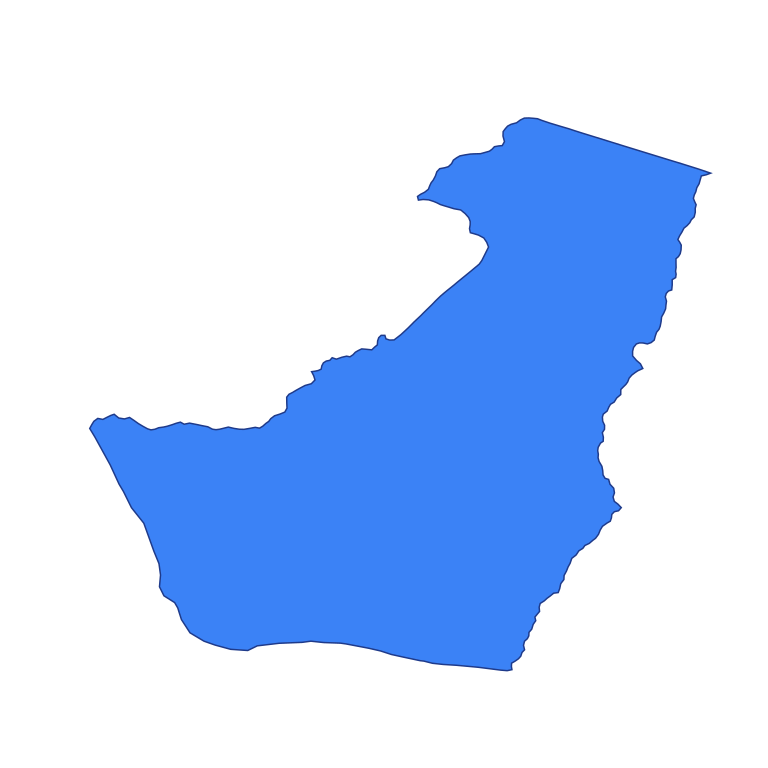 the district of Santa Fé do Araguaia, Tocantins, Brazil, rotated 281°
{"feature_id": "56859067B90506304051015", "entity_name": "Santa Fé do Araguaia", "entity_type": "district", "adm_level": 2, "iso_a3": "BRA", "parent_name": "Brazil", "parent_adm1": "Tocantins", "projection": "robinson", "projection_center": [-48.926, -7.045], "detail": "fine", "context": "isolated", "style": "filled", "palette": "blue", "viewbox_px": 768, "rotation_deg": 281, "n_neighbors": 0, "source": "geoboundaries", "source_scale": "gbopen_adm2", "svg_char_len": 4571}
<svg xmlns="http://www.w3.org/2000/svg" viewBox="0 0 768 768"><g transform="rotate(281 384 384)"><path d="M128.0,564.1L130.9,563.0L134.3,562.5L136.8,565.4L139.9,568.4L142.9,570.2L146.8,570.7L149.9,572.7L154.1,570.8L158.3,571.0L161.3,573.3L164.4,574.2L167.9,573.7L171.5,575.8L176.5,576.3L180.6,578.1L184.0,576.6L187.2,578.3L190.4,580.1L194.5,578.9L198.4,579.2L201.8,582.8L204.7,584.9L207.6,587.6L211.0,590.4L212.5,594.8L216.6,595.5L221.7,595.6L226.4,597.9L230.4,597.3L235.2,598.8L239.5,599.6L243.5,600.9L248.7,601.6L252.8,605.2L257.4,607.1L260.7,610.6L263.8,612.0L266.7,615.9L270.5,618.9L272.9,621.1L277.3,623.2L281.9,624.1L286.0,625.6L290.1,629.5L292.5,632.3L296.0,632.8L299.5,632.5L302.6,634.5L304.3,638.4L307.9,640.5L310.7,636.6L312.7,632.5L316.8,630.4L321.1,631.0L325.5,629.4L328.7,625.0L333.2,622.7L333.6,619.0L336.5,616.4L340.8,615.2L344.8,613.6L349.0,609.9L352.5,608.2L355.9,607.8L359.3,606.5L362.7,606.3L367.3,607.8L369.6,610.1L373.6,609.5L377.9,607.6L381.6,609.1L385.6,608.4L389.2,605.8L393.2,604.7L396.3,605.0L400.0,608.2L404.2,609.1L407.3,610.2L410.2,613.4L414.7,615.1L418.8,618.4L423.8,617.5L426.7,619.4L429.7,621.5L432.6,622.8L436.5,623.5L440.1,625.6L443.0,628.2L445.4,630.6L448.6,635.1L452.7,631.9L455.3,627.4L459.0,622.7L463.5,621.8L467.5,622.0L471.5,624.1L473.1,627.0L473.7,630.4L473.6,634.9L475.6,638.3L478.7,640.9L482.5,641.1L486.8,641.7L490.1,643.5L493.4,644.1L498.0,644.1L502.8,643.7L507.0,645.1L511.5,646.1L515.4,645.7L519.2,645.5L523.2,643.5L526.8,643.8L529.6,645.5L531.2,648.5L536.3,648.0L541.4,647.0L544.1,650.0L547.5,649.8L550.3,648.7L554.1,648.5L558.2,647.6L562.7,646.7L565.2,648.7L568.4,649.9L572.3,650.0L577.0,649.3L579.5,647.3L581.9,644.9L585.9,645.9L589.8,647.4L594.2,648.7L597.3,651.3L600.7,653.4L603.8,654.3L607.2,656.6L612.0,656.8L615.8,656.0L619.5,656.2L622.1,654.3L625.2,652.3L628.8,652.5L632.2,653.4L636.3,653.6L640.7,655.1L644.5,655.4L648.8,655.8L650.9,660.5L653.3,664.4L655.0,651.9L657.0,634.2L657.9,625.4L663.3,574.9L667.6,535.5L668.3,529.0L669.0,523.0L669.8,516.8L670.6,508.3L671.3,501.5L671.7,497.4L672.9,488.4L673.7,484.1L673.3,479.7L672.8,475.5L671.8,471.0L669.2,467.5L665.7,464.3L663.2,459.2L660.7,456.1L657.8,454.4L654.5,452.8L650.1,453.5L644.9,456.0L640.6,454.6L639.5,450.9L638.0,447.1L635.1,445.3L632.6,443.0L628.5,434.8L627.0,428.1L626.2,424.9L624.4,419.9L622.4,415.0L619.9,412.1L617.0,409.4L613.2,408.3L609.6,405.7L607.8,402.2L606.0,397.6L602.5,395.4L598.1,394.8L593.5,393.4L590.6,391.9L587.5,391.1L583.6,390.4L579.9,387.2L577.3,383.8L574.5,381.1L571.1,382.7L572.6,387.2L573.3,392.8L572.7,397.8L572.0,401.2L570.9,405.1L570.4,409.4L570.0,413.7L569.4,419.3L569.5,426.0L566.8,431.1L563.5,435.4L560.0,437.6L556.7,438.2L552.8,438.3L549.0,439.9L548.7,443.6L548.2,448.3L546.4,454.1L542.7,457.8L538.4,460.5L524.0,456.5L519.8,454.6L509.5,446.2L502.3,440.2L497.6,436.3L494.6,433.9L490.7,430.6L488.0,428.3L484.6,425.5L481.2,422.8L475.8,419.0L471.0,415.9L464.1,411.1L461.2,409.1L458.3,407.2L454.7,404.6L451.0,401.9L443.8,397.1L439.4,393.9L435.6,391.1L429.2,385.5L428.2,381.2L428.7,377.3L431.9,375.6L431.2,371.9L428.5,370.0L425.1,369.5L421.1,370.0L418.5,367.8L415.2,365.5L414.7,359.9L414.2,355.4L411.9,352.3L409.7,349.8L406.8,348.0L404.2,345.4L404.2,342.0L402.2,337.5L399.3,332.5L399.9,328.1L396.9,326.3L395.5,322.9L393.2,320.5L390.0,319.5L386.6,319.5L384.7,316.9L383.4,313.8L382.3,310.6L378.7,313.4L374.8,315.5L370.4,312.6L367.5,306.8L364.2,302.7L361.1,299.0L357.9,295.4L355.8,292.7L352.5,291.0L346.8,292.2L341.8,293.4L337.5,292.0L334.7,287.7L331.9,282.6L328.3,279.4L325.3,278.0L322.8,275.6L319.4,273.0L316.9,270.2L316.9,265.9L315.0,261.1L312.8,255.3L312.0,250.6L311.8,245.2L312.0,239.4L310.1,235.3L308.2,231.2L307.1,227.8L306.9,224.3L308.4,219.2L308.4,212.7L308.5,208.0L308.5,200.6L306.4,195.5L307.7,191.4L305.8,187.5L303.5,183.6L301.2,179.3L299.7,175.9L298.1,171.2L295.9,167.8L294.5,164.0L294.9,160.4L296.5,155.4L298.3,150.4L300.5,145.6L302.6,140.6L300.2,135.9L300.0,130.1L302.8,124.9L301.0,121.8L298.2,118.1L295.6,114.8L295.6,109.6L292.0,106.3L288.3,104.9L284.2,103.6L276.8,110.3L257.7,126.2L252.3,130.7L235.2,143.0L228.7,148.8L214.4,159.7L201.5,174.8L176.0,190.0L164.7,197.4L153.8,201.1L142.1,202.3L134.1,208.4L129.5,220.2L124.8,224.3L120.7,226.5L114.1,230.1L102.7,241.1L97.2,256.4L95.5,268.0L94.3,284.1L96.4,301.1L102.8,309.6L109.5,330.6L114.8,353.0L117.6,361.3L118.7,374.1L119.4,378.6L121.3,390.6L121.6,396.2L121.7,419.3L121.3,431.5L119.9,442.9L119.6,455.2L119.3,472.3L119.6,475.9L119.1,484.9L120.0,495.6L121.7,508.6L123.9,530.3L125.4,553.1L126.1,559.6L128.0,564.1Z" fill="#3b82f6" stroke="#1e3a8a" stroke-width="1.5"/></g></svg>